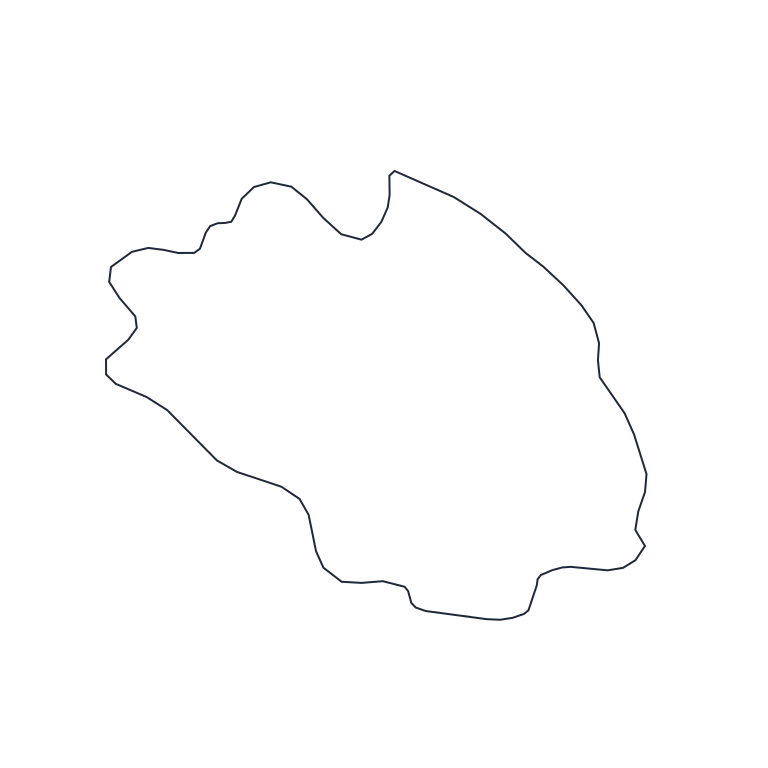 SVG path tracing the border of Abra, rotated 105°
{"feature_id": "PHL-2542", "entity_name": "Abra", "entity_type": "Province", "adm_level": 1, "iso_a3": "PHL", "parent_name": "Philippines", "parent_adm1": "", "projection": "robinson", "projection_center": [120.806, 17.561], "detail": "fine", "context": "isolated", "style": "outline", "palette": "slate", "viewbox_px": 768, "rotation_deg": 105, "n_neighbors": 0, "source": "natural_earth", "source_scale": "10m", "svg_char_len": 1184}
<svg xmlns="http://www.w3.org/2000/svg" viewBox="0 0 768 768"><g transform="rotate(105 384 384)"><path d="M441.2,105.4L459.9,103.5L472.9,90.0L489.1,95.5L499.7,105.5L506.1,119.7L512.3,156.4L515.1,164.4L520.2,173.2L527.9,183.0L532.8,185.1L539.0,184.3L565.2,185.9L569.8,189.2L576.6,199.3L581.7,210.9L584.6,224.1L592.5,285.1L591.7,295.5L588.3,301.0L577.8,307.1L574.5,311.6L574.8,334.2L581.9,354.1L586.0,373.7L577.1,395.0L563.2,406.3L529.8,423.0L516.9,435.8L509.8,456.4L507.0,503.2L501.1,525.6L465.3,586.7L458.0,610.1L453.3,643.1L446.7,654.9L432.1,658.9L407.5,642.5L393.8,637.3L383.1,641.7L369.3,661.8L356.5,675.9L341.6,678.0L321.6,661.7L313.6,647.0L311.5,631.8L310.7,616.6L306.5,601.3L301.0,596.8L283.9,595.3L276.5,592.8L271.8,586.4L269.6,579.3L266.8,573.5L260.0,571.5L242.0,569.4L227.4,560.6L218.5,545.6L217.4,524.6L225.5,506.2L239.3,485.6L250.4,464.1L250.4,443.1L242.0,434.3L228.0,428.5L212.5,426.1L199.9,427.5L181.5,432.7L175.5,429.0L185.4,364.7L194.8,334.4L207.2,305.5L220.9,280.9L229.5,260.3L242.3,236.2L256.9,213.6L270.8,197.3L289.0,186.8L305.7,183.5L321.7,177.4L350.0,144.0L367.9,129.5L403.1,107.1L420.9,103.9L441.2,105.4Z" fill="none" stroke="#1e293b" stroke-width="2"/></g></svg>